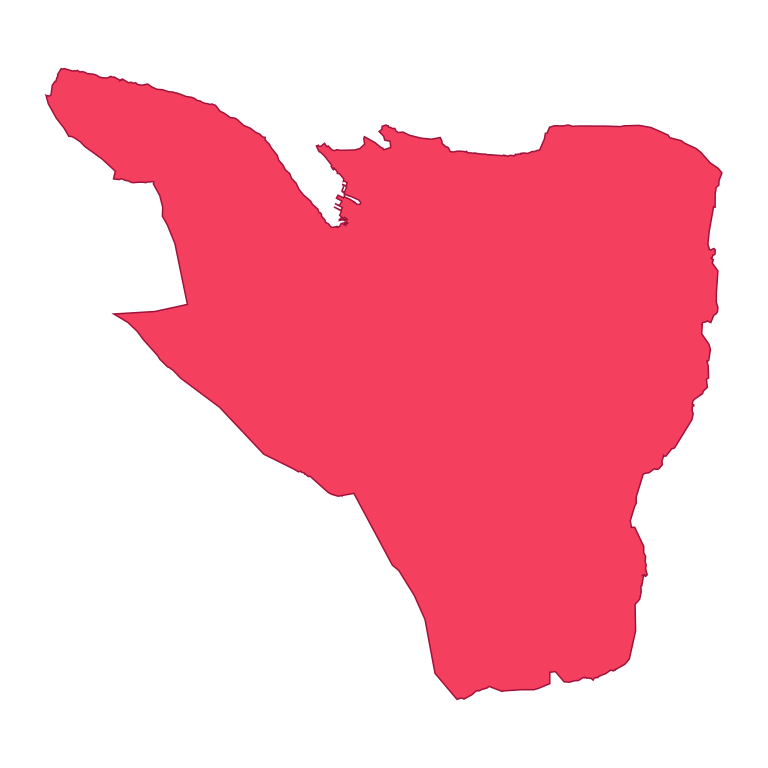 Orkdal nor, Sør-Trøndelag, Norway, rotated 270°
{"feature_id": "86288312B5608393876733", "entity_name": "Orkdal nor", "entity_type": "district", "adm_level": 2, "iso_a3": "NOR", "parent_name": "Norway", "parent_adm1": "Sør-Trøndelag", "projection": "mercator", "projection_center": [9.781, 63.297], "detail": "fine", "context": "isolated", "style": "filled", "palette": "rose", "viewbox_px": 768, "rotation_deg": 270, "n_neighbors": 0, "source": "geoboundaries", "source_scale": "gbopen_adm2", "svg_char_len": 6090}
<svg xmlns="http://www.w3.org/2000/svg" viewBox="0 0 768 768"><g transform="rotate(270 384 384)"><path d="M454.0,113.8L445.6,127.8L436.8,137.1L428.3,143.4L412.3,157.7L408.7,159.9L401.2,167.5L400.2,169.7L397.5,173.3L389.8,180.7L360.8,219.5L313.8,263.8L299.2,293.3L296.2,298.4L296.7,301.0L295.8,301.5L294.8,304.5L293.9,304.7L293.3,306.3L291.7,307.9L291.4,308.7L291.7,310.1L275.6,328.1L273.7,331.6L271.8,338.2L272.4,341.7L272.1,342.0L272.5,342.1L274.6,353.9L202.8,392.4L197.5,398.8L172.5,414.3L148.5,425.0L94.7,435.0L68.6,457.0L69.9,460.6L69.8,462.5L68.9,463.9L73.5,472.3L76.1,474.9L77.6,477.7L77.1,478.4L77.3,479.5L79.0,482.8L79.0,483.9L80.2,487.4L81.6,489.1L76.6,502.1L77.1,503.7L78.3,521.7L78.3,533.9L79.6,538.3L84.3,549.8L95.7,549.8L96.4,555.4L86.2,564.1L85.8,569.5L87.2,574.2L87.5,578.5L90.4,583.1L90.1,584.3L90.8,585.2L89.8,586.6L90.0,588.8L89.5,590.0L89.7,591.1L87.9,593.1L90.0,594.4L90.4,595.4L90.2,596.3L90.6,596.8L90.4,597.8L91.8,599.1L94.5,605.9L97.9,610.7L97.1,613.6L97.7,614.1L97.8,615.1L98.9,615.6L98.9,616.3L103.8,624.9L109.0,629.3L137.0,635.6L163.6,635.1L168.7,639.6L175.9,641.2L182.0,640.9L182.2,641.8L192.4,643.5L192.8,642.8L193.3,644.5L192.1,644.2L192.2,645.2L191.7,645.6L193.2,647.2L199.3,645.6L202.7,646.2L206.6,645.1L211.5,645.7L215.2,643.7L221.4,643.8L240.7,634.7L240.7,631.4L247.3,630.3L261.8,634.7L264.6,636.2L271.3,636.3L293.8,643.2L294.9,645.7L295.2,648.9L299.2,654.3L298.7,655.5L298.7,657.5L299.3,659.0L303.4,662.4L306.6,661.9L312.3,663.7L311.9,663.9L311.9,665.9L319.2,671.7L319.6,673.8L320.8,675.0L348.3,691.9L354.3,693.2L357.1,692.2L361.6,692.3L362.1,693.8L363.1,693.8L363.9,692.2L367.1,693.0L369.1,694.9L374.4,702.6L376.9,703.3L380.7,707.4L388.8,706.4L390.1,708.6L402.0,708.2L406.8,706.9L407.4,708.7L418.5,710.4L423.6,709.0L434.2,701.7L443.6,702.3L444.0,701.6L445.6,703.0L446.2,706.1L447.1,707.2L445.4,710.8L452.7,713.7L454.2,716.1L456.2,717.5L460.5,717.9L465.7,716.3L475.1,716.4L497.0,717.9L504.9,712.3L508.3,713.3L509.8,711.2L510.8,712.3L512.8,712.7L513.0,713.9L514.0,715.0L518.1,715.2L519.5,713.8L518.1,710.9L518.5,709.5L523.8,707.9L536.6,709.2L561.3,713.6L560.8,715.1L574.4,715.2L580.7,716.2L582.8,718.8L587.2,719.0L595.0,721.9L599.7,718.2L605.1,710.2L615.6,700.9L619.5,696.1L624.7,684.8L627.3,681.3L630.3,669.8L632.9,668.1L640.5,651.0L642.6,639.1L642.2,624.5L641.4,620.3L641.9,605.2L642.0,580.1L641.7,572.2L642.8,569.3L642.9,567.1L642.1,564.0L642.2,554.2L640.8,549.6L634.8,547.0L634.7,545.4L629.0,544.4L617.9,539.6L617.7,537.7L616.3,533.7L616.6,532.5L614.6,527.8L615.0,523.5L614.6,520.9L613.9,521.1L614.0,518.5L613.4,516.5L613.8,515.6L612.2,514.4L612.7,510.3L611.6,507.3L612.1,506.8L612.7,504.5L612.4,504.4L612.9,503.7L612.3,502.5L613.3,489.5L613.1,487.8L613.8,486.0L614.2,478.8L615.1,474.3L614.5,473.2L615.0,472.2L615.2,467.8L616.7,466.4L616.0,465.3L616.6,463.7L616.9,457.6L616.0,453.3L616.4,450.3L620.0,448.5L620.9,447.5L621.1,446.1L624.6,442.0L626.9,441.9L630.5,440.2L628.8,431.4L629.9,420.8L632.9,409.0L636.0,402.9L635.4,398.2L637.1,396.0L639.6,394.8L639.6,393.0L639.3,392.7L640.6,390.6L640.7,388.8L642.3,388.1L642.3,386.9L643.0,386.0L641.7,382.1L638.7,381.9L636.5,379.1L631.7,383.7L627.9,384.7L627.1,387.8L627.3,389.5L625.7,390.2L620.5,390.7L618.5,384.6L618.2,383.5L619.7,382.9L620.8,380.6L625.4,375.0L631.3,364.4L629.5,363.8L623.9,364.6L619.5,359.9L618.0,354.6L617.7,340.5L618.3,336.9L617.4,334.5L617.7,333.1L618.1,332.0L622.1,328.1L621.4,327.4L621.4,326.7L624.7,324.5L621.6,320.7L622.0,318.5L622.7,318.3L622.0,316.4L616.3,319.1L615.8,320.5L612.1,324.4L602.8,331.7L601.6,331.1L599.0,332.7L597.7,333.9L599.1,332.8L600.1,333.9L596.5,337.1L594.5,337.4L594.4,339.4L589.1,343.7L586.5,343.3L586.8,344.6L585.2,347.2L582.1,346.0L583.5,342.8L583.1,342.7L581.4,346.7L575.3,344.3L577.1,342.2L581.7,343.7L577.4,342.0L576.5,342.1L575.0,344.2L572.6,344.4L573.6,345.8L572.5,347.6L571.4,351.3L567.9,358.9L565.2,360.9L563.6,359.8L563.7,356.9L565.9,354.6L566.1,354.2L564.9,354.7L567.1,352.6L568.9,349.6L570.9,344.7L572.0,344.6L570.2,343.4L572.8,338.0L569.8,336.4L566.9,342.0L562.5,339.4L564.4,334.9L560.5,342.4L557.7,341.0L561.1,333.9L557.0,341.4L552.5,339.7L549.7,343.6L550.7,344.7L548.1,348.0L549.1,346.2L547.8,346.0L550.3,341.5L549.7,340.6L548.7,340.7L548.6,339.4L547.7,339.0L548.3,339.7L548.0,340.7L548.1,339.8L547.5,339.5L548.3,343.9L547.8,344.0L547.3,345.7L544.9,347.7L544.4,347.0L545.4,345.4L545.4,344.7L544.6,346.0L543.3,345.9L545.0,344.8L543.2,344.4L544.6,342.6L544.5,341.1L541.6,339.7L541.1,338.2L540.6,338.1L540.8,336.9L541.6,336.9L540.5,332.2L541.6,330.4L544.2,328.4L545.6,325.7L548.4,324.7L551.5,321.7L554.0,321.3L555.2,320.4L555.0,319.5L555.6,319.0L558.9,317.8L563.8,312.3L566.8,310.7L573.1,303.4L578.6,299.0L585.0,296.0L589.4,291.7L594.5,289.6L598.3,285.3L603.0,282.9L607.8,278.7L612.7,277.2L620.1,271.3L623.8,269.3L628.1,265.1L630.6,265.2L631.0,262.7L634.0,259.6L635.7,255.6L639.8,250.3L642.6,243.6L648.4,237.3L649.8,235.0L650.5,230.1L654.8,224.2L656.8,220.0L662.6,215.6L664.0,211.9L663.5,210.1L664.4,207.5L664.6,205.1L665.9,201.6L666.9,200.6L667.5,197.4L669.7,194.2L670.7,191.6L671.5,186.0L674.0,179.8L674.2,178.2L674.9,177.5L675.1,175.3L675.9,173.3L676.3,168.5L678.3,162.6L678.7,157.0L681.1,151.7L684.0,147.7L682.9,142.4L683.1,139.3L683.7,137.3L685.2,135.8L684.8,132.7L685.8,131.2L685.3,128.3L688.6,123.1L687.6,120.6L688.3,121.1L687.9,120.1L688.2,119.1L691.0,114.1L690.9,111.9L691.7,110.9L690.0,107.3L690.2,102.7L691.1,99.0L692.6,97.0L693.9,93.2L694.4,87.1L695.5,85.5L696.4,82.4L696.0,79.7L697.6,77.5L697.0,75.8L697.4,74.4L696.8,73.2L699.4,64.3L698.9,63.0L699.3,61.2L693.5,57.6L691.4,57.8L690.4,56.8L686.8,56.0L686.4,55.8L686.7,55.0L682.8,52.3L673.1,51.0L671.9,48.9L672.4,47.2L671.9,46.7L672.4,46.1L664.2,48.3L649.7,56.4L639.8,64.1L631.7,68.8L631.5,71.5L630.3,74.2L626.1,80.4L621.6,84.7L608.8,102.3L596.8,115.3L589.1,113.5L588.4,119.3L589.4,121.7L587.7,124.9L586.9,129.1L585.8,130.6L585.3,133.0L585.8,139.2L585.7,144.0L585.3,145.6L586.0,147.2L586.0,149.7L586.5,152.5L585.9,153.9L584.2,153.3L572.3,159.8L560.8,162.7L551.7,162.4L543.0,167.4L524.5,174.9L463.6,187.4L456.5,154.9L454.0,113.8Z" fill="#f43f5e" stroke="#9f1239" stroke-width="1.5"/></g></svg>